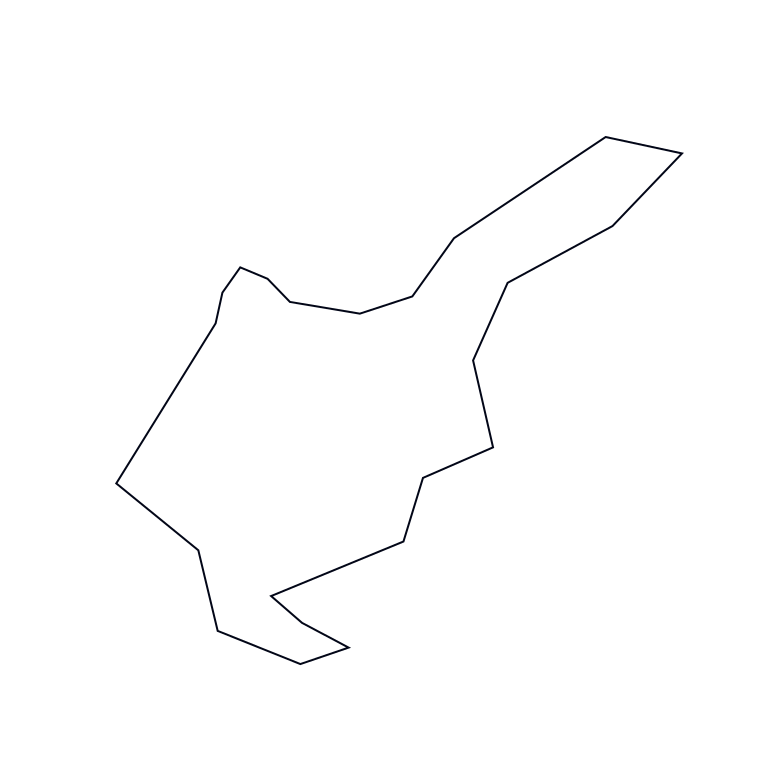 SVG path tracing the border of Chişinău, rotated 103°
{"feature_id": "MDA-1627", "entity_name": "Chişinău", "entity_type": "City", "adm_level": 1, "iso_a3": "MDA", "parent_name": "Moldova", "parent_adm1": "", "projection": "albers", "projection_center": [28.832, 47.05], "detail": "fine", "context": "isolated", "style": "outline", "palette": "ink", "viewbox_px": 768, "rotation_deg": 103, "n_neighbors": 0, "source": "natural_earth", "source_scale": "10m", "svg_char_len": 452}
<svg xmlns="http://www.w3.org/2000/svg" viewBox="0 0 768 768"><g transform="rotate(103 384 384)"><path d="M421.2,263.5L466.7,324.9L533.1,329.6L616.0,446.3L635.2,410.1L648.8,359.2L675.7,402.5L662.0,490.5L587.8,527.5L541.1,622.5L362.8,561.7L331.3,562.0L302.7,550.3L307.7,521.1L325.2,494.1L320.9,423.4L292.3,376.1L226.2,348.6L93.5,223.6L92.3,145.5L178.7,196.9L257.6,286.3L341.0,302.5L421.2,263.5Z" fill="none" stroke="#020617" stroke-width="2"/></g></svg>